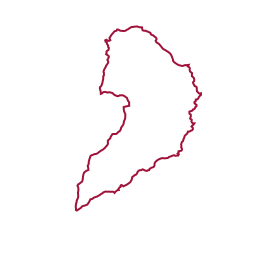 outline of Monte Santo do Tocantins, Tocantins, Brazil, rotated 296°
{"feature_id": "56859067B11136722399220", "entity_name": "Monte Santo do Tocantins", "entity_type": "district", "adm_level": 2, "iso_a3": "BRA", "parent_name": "Brazil", "parent_adm1": "Tocantins", "projection": "albers", "projection_center": [-49.085, -9.988], "detail": "fine", "context": "isolated", "style": "outline", "palette": "rose", "viewbox_px": 256, "rotation_deg": 296, "n_neighbors": 0, "source": "geoboundaries", "source_scale": "gbopen_adm2", "svg_char_len": 5086}
<svg xmlns="http://www.w3.org/2000/svg" viewBox="0 0 256 256"><g transform="rotate(296 128 128)"><path d="M184.0,79.4L182.7,79.8L181.4,79.7L180.2,79.6L179.5,80.6L178.6,81.4L177.5,81.5L175.9,81.3L174.4,81.0L173.0,81.2L171.4,81.0L170.2,81.0L168.8,81.1L167.7,81.4L167.0,82.2L165.9,82.7L164.7,83.3L163.5,83.1L162.2,83.8L160.6,84.4L159.0,84.7L157.1,85.3L156.0,85.3L154.9,85.6L153.6,85.4L152.3,84.9L151.0,85.5L150.0,86.4L149.2,87.2L148.0,87.9L146.8,88.6L147.6,89.4L148.7,89.7L149.8,90.5L150.4,91.7L150.7,92.8L150.7,93.9L151.7,95.0L152.2,96.4L152.4,97.6L152.6,98.8L152.0,100.4L151.7,101.9L151.9,103.1L151.9,104.3L152.5,105.4L153.8,106.3L154.4,107.6L155.0,108.6L155.1,109.6L155.1,111.1L154.8,112.4L154.6,113.8L153.7,114.8L152.5,115.9L152.2,116.9L151.3,118.0L149.7,118.6L148.6,119.4L145.0,114.9L143.5,115.7L142.5,116.3L141.4,117.1L140.5,118.1L139.8,118.9L139.0,119.7L137.9,120.2L136.7,120.7L135.5,121.2L134.0,121.4L132.5,121.4L130.7,121.9L129.2,122.3L128.1,122.2L126.6,121.9L125.0,121.7L123.8,122.1L122.5,122.0L121.3,121.9L120.4,121.1L119.1,120.7L117.7,120.2L116.9,119.0L116.4,117.9L115.7,116.7L114.1,116.5L112.5,116.3L111.1,116.6L109.6,116.1L107.9,115.4L106.6,116.0L105.5,116.7L104.0,117.0L102.5,116.6L101.2,116.2L100.0,116.0L99.1,115.5L98.1,115.2L97.1,114.6L96.0,113.8L94.6,113.0L92.9,112.1L91.6,111.5L90.7,110.7L90.0,109.5L88.9,108.6L88.0,107.6L87.2,107.0L86.2,106.6L84.7,106.8L82.9,107.0L81.4,107.4L80.1,107.6L79.0,108.3L77.9,108.4L76.3,108.4L75.2,109.3L74.2,110.1L73.0,110.8L72.1,110.1L71.2,109.3L70.1,108.8L69.1,108.2L68.0,108.1L66.5,108.4L64.6,108.8L63.2,109.4L62.0,109.8L60.8,110.1L59.7,110.2L58.7,109.7L57.7,109.2L56.6,108.7L55.3,107.9L53.9,107.9L53.0,109.0L51.9,109.9L50.9,110.4L49.7,110.9L48.6,111.2L47.6,111.5L46.3,112.4L45.1,113.0L44.1,113.5L43.0,113.7L41.6,113.7L40.0,113.8L38.8,114.4L37.7,114.3L36.7,114.8L35.5,115.0L34.3,115.5L33.1,116.4L31.5,117.1L31.4,118.2L32.8,119.0L34.1,119.8L35.5,120.6L37.0,121.0L38.1,121.6L38.9,122.7L40.1,123.9L41.4,125.0L42.6,125.2L44.2,125.4L46.2,125.5L47.4,125.4L48.7,127.1L49.9,127.5L50.9,128.3L51.7,129.0L52.5,130.0L53.7,130.8L55.4,132.0L56.8,132.7L58.2,133.7L59.4,134.1L61.0,135.6L61.7,137.4L62.7,139.3L63.1,140.6L63.9,141.7L64.2,142.8L63.8,144.4L64.9,144.5L66.3,145.2L67.6,145.8L68.2,146.9L69.2,146.1L71.0,146.5L72.0,147.2L72.9,146.6L73.8,146.9L73.9,148.0L73.6,149.5L75.1,150.6L76.3,151.6L77.7,152.4L79.1,153.2L80.3,153.8L81.9,153.9L83.2,154.0L84.2,153.7L85.7,153.3L87.4,154.2L88.5,154.6L89.5,155.6L91.0,156.0L92.5,155.9L93.8,156.1L95.0,156.8L95.9,158.3L97.3,159.3L97.3,161.9L97.6,163.6L98.8,164.5L99.4,165.5L100.6,165.3L102.4,166.3L103.3,167.3L104.4,168.2L105.7,168.3L107.3,167.6L108.6,167.4L109.9,167.6L111.4,168.3L112.6,168.9L113.8,169.8L115.7,171.6L116.2,172.6L116.7,174.1L117.7,175.7L118.6,177.0L120.0,177.6L121.5,179.2L122.7,180.1L123.7,181.4L123.8,182.7L124.6,184.0L125.3,185.2L126.6,185.2L126.9,183.8L128.1,184.3L129.2,183.6L130.1,184.7L131.1,186.0L132.2,186.0L133.4,185.2L134.0,184.2L135.3,183.9L136.4,183.0L137.9,182.7L139.4,182.7L140.5,183.2L142.0,182.8L143.1,182.8L144.2,182.7L145.8,182.4L147.7,183.1L149.0,183.7L151.0,183.4L151.7,184.8L152.9,185.5L153.9,186.5L155.3,186.9L156.6,186.1L157.2,184.4L158.4,184.7L159.7,185.4L161.3,185.6L160.7,184.3L160.9,183.1L161.7,182.1L163.2,181.8L163.7,179.7L165.3,179.5L166.6,179.1L167.6,178.5L167.6,177.3L168.4,176.6L169.6,176.0L170.4,176.6L171.1,177.6L172.0,178.3L173.0,178.2L173.9,179.2L175.5,179.5L176.7,179.4L177.5,180.0L178.9,179.4L179.1,177.8L179.5,176.8L180.6,176.3L181.4,177.0L182.4,177.0L183.3,176.5L184.2,177.8L185.4,178.2L186.8,178.1L188.4,178.5L189.8,179.1L191.2,178.3L190.3,177.4L190.3,176.2L190.8,175.1L191.2,174.0L192.1,173.3L193.5,172.6L194.8,171.8L195.1,170.7L194.9,169.5L195.7,168.6L196.3,167.5L197.5,166.4L199.2,166.9L200.8,166.2L201.9,165.1L202.3,164.0L202.6,162.7L204.0,162.0L205.4,161.6L205.7,160.3L206.0,159.0L207.1,158.0L208.8,157.4L209.5,156.1L209.6,154.7L211.3,154.8L210.6,153.8L210.0,152.8L209.4,151.5L208.5,150.7L207.7,149.9L207.3,148.8L207.2,147.7L206.8,146.4L206.8,145.0L206.9,143.8L207.1,142.4L207.3,141.0L207.7,139.9L208.2,139.0L209.1,138.5L209.9,137.7L210.6,137.0L211.8,135.7L212.7,134.5L213.4,133.2L213.9,131.4L214.1,129.6L214.2,128.4L214.4,127.0L214.4,125.6L214.6,124.4L215.1,123.4L215.7,122.2L216.5,120.5L217.1,119.1L217.3,117.4L217.4,116.3L217.8,115.4L218.5,114.6L220.1,114.8L221.1,114.2L221.6,113.1L221.8,111.6L222.3,110.3L222.1,109.1L222.2,107.5L223.3,106.5L223.3,105.1L223.3,103.4L223.1,102.2L223.2,101.2L222.5,99.9L222.2,98.3L223.4,97.2L224.6,96.5L224.1,95.3L223.6,94.2L223.4,92.8L223.3,91.7L222.7,90.8L222.2,89.9L221.7,88.9L220.9,88.3L220.4,86.9L219.2,86.2L218.0,85.4L216.7,84.7L215.7,83.8L214.5,83.3L213.5,82.0L212.8,80.5L212.5,79.4L212.0,78.3L212.1,77.3L212.2,76.1L211.7,75.0L210.3,75.0L209.6,74.1L208.9,73.4L207.3,73.1L205.9,72.7L204.5,72.3L203.0,72.2L201.9,72.0L200.8,71.9L199.9,72.6L199.2,73.6L198.2,73.0L197.5,71.7L197.9,70.0L196.8,69.1L195.7,70.1L195.3,71.7L194.1,72.6L193.5,73.9L192.1,74.6L191.6,75.7L190.6,76.0L189.4,76.2L188.3,75.4L186.9,75.2L185.9,76.0L184.7,76.0L184.5,77.9L184.0,79.4Z" fill="none" stroke="#9f1239" stroke-width="2"/></g></svg>